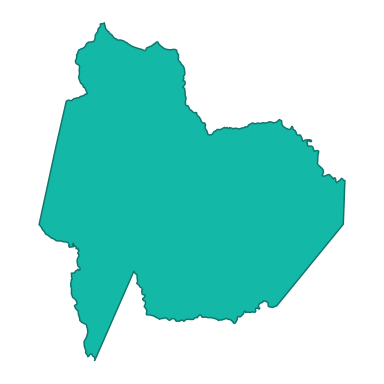 Orito, Putumayo, Colombia
{"feature_id": "7082276B12408702465478", "entity_name": "Orito", "entity_type": "district", "adm_level": 2, "iso_a3": "COL", "parent_name": "Colombia", "parent_adm1": "Putumayo", "projection": "robinson", "projection_center": [-76.952, 0.681], "detail": "fine", "context": "isolated", "style": "filled", "palette": "teal", "viewbox_px": 384, "rotation_deg": 0, "n_neighbors": 0, "source": "geoboundaries", "source_scale": "gbopen_adm2", "svg_char_len": 5849}
<svg xmlns="http://www.w3.org/2000/svg" viewBox="0 0 384 384"><path d="M39.1,224.6L41.1,226.8L42.6,229.8L44.6,231.9L45.5,233.9L48.3,235.5L50.7,237.5L52.2,238.4L52.7,238.3L53.6,238.8L55.5,240.1L56.0,240.6L57.5,240.9L60.7,240.9L63.4,241.8L66.1,241.9L67.9,242.5L69.3,244.7L68.8,245.6L68.8,246.3L69.5,247.2L73.3,246.7L72.7,245.6L72.6,244.8L72.7,243.6L73.4,243.4L74.5,246.2L75.7,246.3L76.2,247.5L76.1,248.5L78.0,248.5L78.0,249.9L78.8,250.2L78.8,251.4L77.7,253.1L78.7,254.6L78.9,255.8L78.8,256.5L78.3,257.0L77.5,258.8L77.1,260.4L77.2,262.2L77.8,265.6L78.2,266.3L79.9,267.9L80.1,269.3L79.6,270.2L79.1,270.2L78.0,269.3L76.7,270.5L75.4,271.1L74.9,272.4L73.7,273.1L71.4,273.2L71.6,277.1L72.1,278.9L71.9,279.5L71.3,279.9L71.4,280.9L70.7,283.7L70.8,286.5L71.2,286.8L71.5,288.1L71.4,293.5L72.6,297.2L75.7,299.8L76.7,301.8L77.1,304.0L74.5,305.6L75.6,308.6L77.8,310.7L78.3,312.5L78.5,314.9L79.7,318.3L79.8,320.3L81.6,322.3L86.1,324.5L86.5,325.2L87.0,327.6L87.5,328.6L87.8,332.9L86.2,337.9L84.5,340.6L84.0,342.2L84.4,346.6L85.8,350.5L85.8,351.8L85.6,352.1L85.7,353.0L86.7,354.1L88.0,356.6L88.8,356.1L89.3,355.1L90.3,354.1L91.1,354.0L91.8,354.5L93.1,356.3L94.2,357.1L95.0,358.3L94.5,361.0L133.7,271.6L134.5,272.3L135.2,273.5L136.7,274.5L137.1,275.4L137.1,277.7L137.6,281.5L136.8,283.4L139.1,285.3L140.0,286.9L141.9,288.2L142.1,288.6L142.3,289.5L141.8,290.5L141.7,291.4L142.3,294.3L145.0,295.3L145.0,296.1L144.5,297.0L142.8,298.7L142.7,299.5L143.5,300.5L144.9,301.1L145.4,301.9L145.5,302.9L145.3,304.2L144.2,306.7L145.8,308.5L146.8,310.3L146.3,314.3L147.0,314.9L149.4,314.8L154.0,316.0L156.3,317.5L158.2,318.2L159.4,319.2L161.0,318.6L162.8,318.5L164.6,317.8L166.8,318.3L167.9,319.4L169.4,320.3L170.7,319.8L171.9,318.7L172.9,318.6L174.0,318.7L174.6,319.0L175.4,319.8L175.6,320.7L176.7,321.2L179.8,321.1L180.7,320.3L181.6,320.1L182.6,320.3L183.7,321.2L184.6,320.9L186.1,319.4L188.3,319.1L190.6,319.5L193.3,319.4L193.9,319.0L194.2,318.3L194.8,317.8L197.4,317.6L197.8,316.6L198.6,316.1L199.0,315.3L200.3,315.0L200.9,315.3L201.9,316.9L202.9,317.4L205.2,317.0L207.9,317.6L211.7,317.7L214.8,318.5L217.4,319.5L218.4,320.4L218.8,320.5L220.4,319.8L221.4,320.1L225.0,318.9L225.7,318.5L226.4,318.5L228.3,319.4L229.9,319.5L230.8,320.0L232.6,321.5L233.5,323.0L234.4,323.4L235.1,323.1L236.5,321.1L237.1,319.5L237.6,316.9L238.2,316.5L239.5,316.9L240.6,316.7L243.5,313.7L244.0,312.0L244.5,311.1L245.3,311.3L245.6,312.3L246.0,312.5L248.1,312.1L249.7,312.5L252.4,311.9L254.9,312.3L255.7,311.2L255.5,308.9L256.0,308.2L257.2,308.2L259.0,309.0L259.4,308.9L259.7,308.1L258.4,306.5L258.9,304.4L260.3,303.1L262.3,302.5L262.9,301.9L263.1,301.2L263.6,300.9L266.0,301.4L267.6,302.5L268.1,303.5L268.2,306.0L269.2,306.8L272.6,307.4L276.0,306.1L276.6,306.0L343.3,224.2L344.9,180.0L344.7,180.4L343.6,180.4L342.3,178.6L341.5,178.4L340.0,180.2L336.8,182.5L335.8,181.4L335.7,179.3L335.0,178.0L334.4,177.8L333.6,178.7L333.1,178.8L332.1,177.4L329.5,174.6L328.0,174.6L324.8,176.1L322.5,176.0L322.3,175.6L322.5,174.5L323.4,172.7L323.3,170.2L322.7,169.2L321.6,168.0L318.0,164.8L317.5,163.9L317.9,155.4L318.7,151.9L318.6,151.2L318.0,150.7L316.7,150.6L315.4,150.8L314.8,151.2L314.1,151.1L313.0,147.5L312.1,146.4L311.0,146.1L309.1,146.2L307.5,145.6L307.4,143.2L306.6,142.5L306.9,141.8L308.4,140.9L310.9,141.7L311.5,141.2L311.4,140.5L309.7,139.7L305.3,140.0L302.9,141.1L302.4,140.4L301.8,137.8L300.6,135.5L299.8,134.9L298.2,135.3L297.3,134.9L296.5,133.9L295.8,131.6L295.2,130.7L293.1,129.3L292.9,127.9L292.3,126.5L291.7,126.7L290.6,128.8L289.7,129.4L288.3,129.3L286.1,128.4L282.8,126.1L281.8,123.9L281.6,120.9L279.6,119.7L279.1,119.8L277.1,121.7L275.7,122.4L273.4,122.9L271.7,122.1L269.3,121.8L266.3,123.1L263.3,122.7L260.2,123.5L257.8,123.0L254.9,123.9L252.6,122.9L248.7,124.9L248.2,125.4L247.9,126.3L247.2,126.9L246.8,127.1L245.2,126.8L243.8,127.8L242.0,128.0L239.3,129.0L237.7,128.5L234.9,128.2L233.2,128.9L232.0,128.2L229.6,127.6L229.0,128.5L228.4,128.5L227.2,127.5L225.3,128.1L224.4,127.4L221.5,129.1L219.6,129.7L217.4,129.4L215.9,130.7L214.7,131.2L213.9,131.8L212.3,134.2L211.3,134.8L209.9,135.0L208.3,134.6L207.7,134.0L207.4,132.2L206.8,130.8L205.2,128.4L205.1,127.6L205.5,125.3L205.4,124.3L205.1,123.7L204.1,122.8L203.0,123.2L201.9,122.2L201.1,120.9L200.5,119.1L198.8,116.6L197.2,115.5L196.5,112.7L195.7,112.5L194.5,112.8L193.3,112.3L191.0,110.1L189.8,109.5L188.6,106.9L187.7,105.7L186.1,105.5L185.6,104.9L185.4,103.7L185.5,100.8L185.9,99.1L186.0,97.4L185.2,95.9L185.0,91.2L184.5,88.5L184.2,88.1L182.8,87.4L183.0,86.8L184.6,84.9L185.2,83.5L184.8,81.1L183.4,80.8L182.9,80.2L183.9,78.5L183.5,77.0L183.6,76.2L184.7,74.7L184.8,73.1L184.5,69.9L184.2,68.3L183.2,66.1L181.4,64.3L180.4,62.3L179.1,61.2L178.3,59.4L178.2,58.6L178.6,57.7L178.4,56.6L178.5,54.8L176.5,51.7L176.8,50.9L176.6,50.3L175.7,49.7L174.4,49.3L170.3,49.8L168.6,49.7L165.5,49.1L164.1,48.5L160.1,45.4L158.5,43.5L157.9,42.1L157.3,41.9L156.2,42.2L155.3,43.3L154.2,43.6L153.5,44.8L152.5,45.0L151.4,46.2L150.1,46.4L149.2,47.0L146.8,47.8L145.7,50.0L145.1,50.6L143.5,50.3L142.0,49.5L137.6,48.3L132.2,46.4L128.4,44.1L127.0,42.8L125.5,42.2L123.8,41.0L120.6,40.0L117.5,40.1L116.5,39.0L115.1,38.6L113.7,37.5L112.0,35.2L111.9,34.8L110.0,33.7L108.5,31.5L107.7,31.2L105.7,28.7L104.3,23.0L103.0,23.7L101.2,23.7L100.3,24.1L100.5,26.1L99.6,27.5L98.5,28.3L97.8,30.4L97.6,31.9L96.4,33.2L95.3,35.2L95.1,38.7L94.3,40.6L93.8,41.3L91.8,41.9L88.5,42.2L86.9,43.4L86.1,44.4L85.5,46.0L84.0,47.6L82.7,48.4L81.3,48.8L78.7,50.1L77.3,53.8L76.6,54.9L76.7,57.0L76.4,58.8L75.5,60.7L75.6,62.7L77.1,64.2L78.1,64.5L79.0,65.2L79.4,65.7L79.6,66.9L79.1,70.5L79.4,71.8L79.4,73.2L79.3,74.8L78.6,76.8L78.7,77.9L80.6,83.0L82.9,85.1L83.4,87.0L84.8,87.6L86.7,92.1L87.5,93.4L86.6,94.0L85.6,94.0L83.7,95.5L81.5,96.3L80.2,96.5L79.5,97.4L78.7,97.8L76.9,97.9L73.8,98.8L71.6,100.6L70.6,100.6L68.4,100.1L66.3,101.2L56.1,145.9L39.1,224.6Z" fill="#14b8a6" stroke="#0f766e" stroke-width="1.5"/></svg>